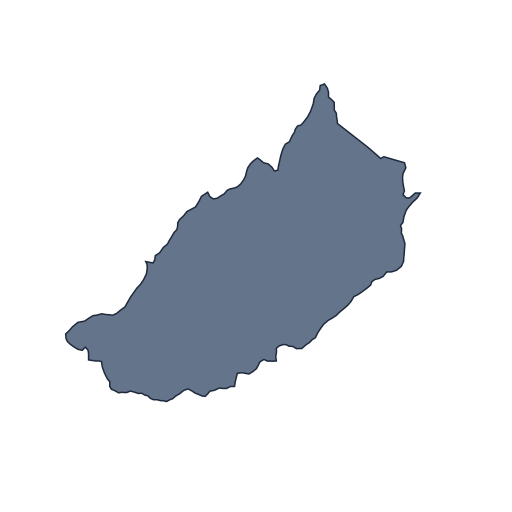 Avaí, São Paulo, Brazil, rotated 207°
{"feature_id": "56859067B54783802415701", "entity_name": "Avaí", "entity_type": "district", "adm_level": 2, "iso_a3": "BRA", "parent_name": "Brazil", "parent_adm1": "São Paulo", "projection": "equal_earth", "projection_center": [-49.307, -22.194], "detail": "fine", "context": "isolated", "style": "filled", "palette": "slate", "viewbox_px": 512, "rotation_deg": 207, "n_neighbors": 0, "source": "geoboundaries", "source_scale": "gbopen_adm2", "svg_char_len": 2975}
<svg xmlns="http://www.w3.org/2000/svg" viewBox="0 0 512 512"><g transform="rotate(207 256 256)"><path d="M390.2,100.1L387.6,96.0L385.0,94.1L381.7,93.1L377.3,92.4L372.2,92.0L368.0,93.1L366.6,97.3L362.9,95.8L361.0,93.2L358.0,87.4L354.0,88.7L350.9,89.8L348.5,91.1L345.7,91.8L342.6,87.4L337.9,82.9L332.4,78.9L329.2,77.6L327.1,73.4L324.3,71.6L320.3,71.9L316.3,71.7L314.0,73.4L309.4,75.5L306.6,78.6L302.6,79.5L298.4,80.1L295.6,81.8L292.0,81.6L288.6,82.3L285.7,81.2L282.1,81.4L278.7,83.1L275.6,83.7L272.7,85.0L269.5,85.8L267.5,88.8L265.4,91.1L264.1,94.6L261.6,98.4L259.4,103.3L256.3,106.7L252.5,106.7L248.0,106.2L244.0,106.6L240.3,106.8L237.5,107.9L236.4,111.3L235.7,114.7L233.3,116.4L231.2,118.5L228.6,121.9L225.4,122.9L222.0,124.7L219.7,128.0L215.9,130.0L217.4,134.6L219.4,143.0L215.2,145.8L212.1,146.6L208.7,147.7L206.3,151.6L204.4,155.9L204.4,163.6L201.9,167.5L198.1,167.5L195.7,168.8L193.1,170.0L190.2,171.7L192.7,175.3L194.1,179.7L196.0,183.0L194.4,186.6L191.3,189.6L188.8,190.7L185.6,190.6L182.3,192.1L177.9,191.8L173.2,194.4L171.1,199.7L169.0,203.3L168.0,206.9L166.0,210.1L166.1,215.9L165.5,221.0L164.7,226.0L162.4,231.5L159.5,235.9L157.5,239.5L155.9,244.3L153.3,250.2L151.7,254.4L150.7,258.7L150.4,264.2L147.7,267.8L145.5,271.8L142.5,277.8L140.7,282.0L141.1,285.8L139.3,289.2L136.2,291.8L133.5,295.4L132.3,301.1L128.0,303.4L124.3,307.1L121.8,312.8L122.1,318.3L123.7,321.9L124.9,325.1L126.9,329.8L128.9,334.6L131.7,337.6L134.5,340.6L136.9,342.4L138.5,346.1L141.1,348.8L140.3,352.5L142.1,358.6L142.9,364.7L142.4,368.6L140.8,375.1L138.7,380.9L138.2,386.7L142.7,384.4L145.5,377.4L148.5,376.0L152.8,377.4L153.4,381.6L155.7,384.4L158.6,388.3L161.1,392.5L162.4,396.2L162.5,402.6L166.0,406.5L187.1,402.5L189.1,399.5L205.9,403.7L243.5,411.0L245.5,414.0L247.4,416.6L249.3,419.7L252.5,421.6L254.1,424.7L256.1,428.4L259.8,429.7L263.5,430.5L265.7,434.8L268.6,437.9L273.1,440.4L276.2,437.0L274.6,432.7L275.7,427.8L275.8,422.9L274.1,417.6L273.1,409.9L273.2,403.5L274.4,396.6L275.4,393.1L278.0,390.7L278.5,386.9L277.9,383.4L278.4,379.4L278.1,372.9L280.6,369.0L280.7,364.1L280.1,360.1L279.5,356.7L278.2,351.8L276.8,346.3L275.5,342.3L278.2,340.1L282.1,342.3L286.8,343.6L291.7,342.5L296.1,343.6L299.3,344.0L301.6,339.3L302.8,335.7L303.4,330.9L302.6,326.4L301.6,322.2L301.6,318.0L302.3,313.4L303.9,309.3L306.4,306.5L309.5,304.1L311.5,301.5L312.5,297.0L314.7,293.6L316.7,290.0L319.9,287.5L324.1,288.0L328.0,290.9L331.7,284.4L331.6,279.1L332.2,272.1L337.7,264.4L338.7,259.1L340.7,253.5L340.8,250.0L339.4,247.1L338.5,243.6L339.7,239.6L340.0,233.8L340.3,230.2L340.3,226.4L342.4,221.8L343.3,215.1L345.9,210.6L344.4,206.5L344.6,203.0L351.7,201.0L349.3,199.1L347.2,195.4L345.5,190.2L345.4,183.8L346.1,178.3L347.6,173.2L348.2,168.8L349.1,163.0L349.5,155.3L349.6,151.1L352.0,146.5L354.1,141.6L356.8,138.2L360.4,136.9L363.2,135.7L367.2,134.5L371.3,130.8L374.1,128.9L377.0,124.2L379.1,120.2L384.6,116.0L387.3,109.8L388.6,104.5L390.2,100.1Z" fill="#64748b" stroke="#1e293b" stroke-width="1.5"/></g></svg>